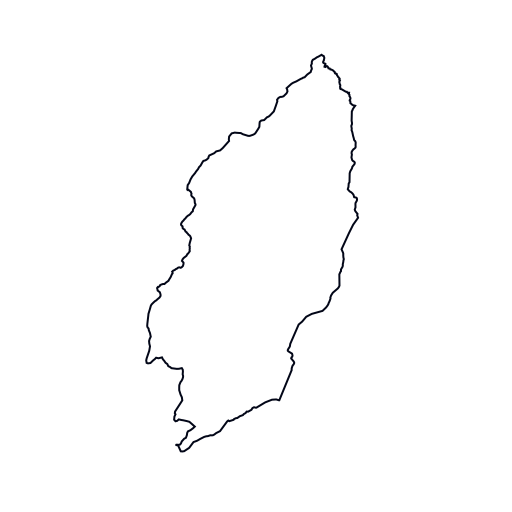 Valle Grande, Jujuy, Argentina (Equal Earth projection), rotated 212°
{"feature_id": "61730980B80142303912096", "entity_name": "Valle Grande", "entity_type": "district", "adm_level": 2, "iso_a3": "ARG", "parent_name": "Argentina", "parent_adm1": "Jujuy", "projection": "equal_earth", "projection_center": [-64.987, -23.464], "detail": "fine", "context": "isolated", "style": "outline", "palette": "ink", "viewbox_px": 512, "rotation_deg": 212, "n_neighbors": 0, "source": "geoboundaries", "source_scale": "gbopen_adm2", "svg_char_len": 6106}
<svg xmlns="http://www.w3.org/2000/svg" viewBox="0 0 512 512"><g transform="rotate(212 256 256)"><path d="M349.2,275.8L349.0,276.4L345.2,275.9L344.6,275.3L343.8,274.8L343.2,273.3L342.1,272.6L339.0,272.1L337.8,271.0L336.0,268.6L334.7,267.8L334.3,267.0L334.1,262.2L333.3,260.4L333.8,259.0L334.0,256.6L334.5,255.2L335.2,253.9L335.7,251.9L335.8,250.4L336.2,249.1L336.3,247.6L336.7,246.2L336.7,244.5L336.5,243.3L335.7,242.5L334.0,242.2L333.0,240.8L331.9,240.5L330.6,240.6L328.7,239.4L327.5,239.4L327.1,239.1L325.4,238.7L324.6,238.3L323.0,238.2L322.2,237.9L320.4,236.6L319.1,232.0L318.2,229.6L317.2,229.0L316.8,228.1L316.1,227.2L315.5,225.8L315.1,225.5L314.7,224.9L314.9,222.0L315.2,221.5L315.1,219.2L316.3,216.0L316.5,214.2L316.2,212.6L314.0,212.0L313.3,210.9L312.7,208.9L313.0,207.3L313.6,206.1L314.9,205.8L315.5,205.3L316.0,204.6L316.4,203.3L317.2,202.2L317.3,201.5L318.5,199.6L318.8,198.3L318.1,197.9L317.5,197.0L317.7,196.2L317.4,194.3L317.2,192.9L317.2,189.8L317.1,188.6L318.3,185.6L318.8,183.7L320.0,183.0L321.2,181.6L321.9,180.4L321.7,179.5L322.3,178.0L322.8,177.8L322.9,176.4L322.1,175.7L321.1,174.6L318.3,174.3L316.6,172.8L315.8,171.6L315.8,169.7L316.8,166.6L317.0,165.6L317.7,164.3L318.3,162.2L318.9,159.5L318.8,158.0L317.8,154.6L316.5,149.8L316.1,149.1L312.3,141.1L311.2,139.0L310.1,138.0L308.7,137.6L307.6,136.3L305.1,134.5L302.5,131.8L302.2,129.3L301.6,127.2L300.0,125.1L298.0,123.2L296.3,119.0L294.5,111.3L293.8,109.3L292.1,107.4L290.7,107.7L288.8,109.3L287.9,113.0L287.2,114.9L286.8,116.8L284.5,117.6L282.0,120.2L280.3,119.1L278.1,118.4L276.1,117.5L274.0,117.4L272.0,116.1L270.0,116.3L268.2,116.1L263.4,118.3L261.6,119.5L259.5,121.6L257.8,120.7L256.7,119.2L255.5,116.8L254.2,115.6L253.6,114.4L253.1,112.4L253.0,110.3L253.2,109.0L252.6,105.8L251.5,103.9L250.0,101.5L246.5,98.5L244.0,96.9L242.0,94.5L242.2,81.2L241.5,79.6L240.4,79.1L240.1,76.6L238.7,73.8L236.7,73.2L235.5,74.4L234.9,76.5L232.3,77.4L230.7,78.1L227.0,79.4L224.6,80.1L217.5,78.9L218.1,76.6L219.3,73.5L220.8,71.2L220.6,69.5L219.7,67.5L219.1,64.7L220.1,62.9L220.4,61.1L220.7,59.4L220.3,57.1L220.6,55.7L221.9,54.6L223.1,54.1L224.1,53.1L221.7,54.1L216.3,50.5L214.9,51.2L213.5,52.4L211.0,57.9L210.4,65.1L208.2,67.9L207.2,69.7L206.5,71.1L204.1,75.1L202.7,76.7L201.3,77.8L199.7,79.8L198.7,80.3L197.6,81.1L196.8,82.4L195.9,84.8L193.7,88.4L192.8,100.4L192.3,101.8L191.1,101.8L188.2,105.2L188.2,106.1L187.1,107.8L186.0,108.7L184.8,111.6L182.8,114.1L182.6,115.5L181.6,117.3L181.5,119.1L180.2,119.8L178.4,123.1L178.4,125.2L177.5,126.7L176.1,127.1L175.3,127.6L170.6,136.8L166.3,142.6L162.8,145.1L160.1,145.8L159.8,146.0L165.3,178.2L165.9,179.0L166.4,180.3L166.9,182.5L166.7,183.6L166.7,184.5L166.9,185.5L167.4,186.1L168.8,186.8L169.5,186.9L170.6,187.4L171.8,187.7L172.2,188.7L171.9,189.6L172.1,190.5L172.4,191.1L173.7,192.3L178.0,192.3L178.8,192.5L179.2,193.0L179.4,194.6L179.3,196.0L179.4,197.3L180.4,199.7L183.5,220.5L182.1,224.8L181.2,231.1L178.0,236.5L170.5,244.7L169.3,249.5L169.1,251.7L169.1,253.3L169.4,254.3L169.7,256.8L170.3,259.4L170.9,260.1L171.4,262.3L171.4,265.5L169.4,271.9L169.3,273.8L169.5,275.1L175.6,284.6L175.7,285.2L176.0,287.4L175.9,288.2L176.8,289.6L176.9,292.8L177.3,293.9L178.0,294.9L178.9,297.4L179.3,298.1L179.9,299.9L181.2,301.2L182.5,303.0L183.2,304.2L183.9,304.9L184.5,305.3L187.0,307.0L189.3,324.7L190.2,334.0L189.7,342.5L191.8,344.2L192.2,345.5L195.4,346.6L196.8,347.6L197.4,350.0L199.3,352.9L199.7,353.8L199.8,356.4L200.4,357.7L201.2,358.5L202.0,358.6L203.9,357.9L205.8,359.6L207.4,360.2L209.2,360.5L210.7,360.4L213.5,361.2L213.9,362.2L214.1,363.4L215.8,366.6L215.8,368.1L220.4,375.8L220.8,377.2L221.0,378.4L221.0,380.4L221.2,381.7L221.6,382.8L221.3,385.0L221.2,386.3L221.6,387.4L222.5,388.0L224.4,388.0L225.4,388.4L227.3,390.2L228.4,392.8L229.4,393.8L230.0,394.9L230.1,396.5L229.9,398.3L229.5,398.9L229.1,400.6L229.3,401.3L230.4,402.9L231.5,404.9L232.1,405.5L232.8,406.0L233.6,406.1L234.4,406.5L235.4,407.6L237.1,409.1L239.8,411.9L240.7,412.7L241.5,413.2L242.4,414.9L243.8,416.4L244.3,417.3L244.3,418.2L244.6,418.8L245.0,419.6L246.6,421.4L251.4,429.5L251.4,430.5L251.7,431.6L251.7,433.3L251.5,436.0L252.1,435.9L252.7,435.5L253.4,435.3L255.1,435.3L255.6,435.5L256.9,435.6L258.1,437.3L258.9,437.4L259.2,438.2L259.2,439.3L259.6,440.0L260.6,440.7L261.5,441.1L261.8,441.5L262.0,442.1L263.1,442.6L263.6,443.8L263.8,443.7L263.8,443.4L264.1,442.8L265.6,443.2L266.0,443.4L266.6,443.0L267.4,442.9L271.7,442.8L272.8,442.4L273.2,442.5L273.4,442.7L273.4,443.0L273.5,443.3L274.0,443.7L274.3,443.8L274.5,444.2L274.7,445.0L275.1,445.6L275.6,446.0L276.2,446.2L276.8,447.0L277.6,447.7L277.9,449.5L278.8,449.6L279.1,450.8L280.0,451.0L280.5,451.3L281.5,451.4L282.0,451.8L283.2,452.3L284.0,453.2L284.5,453.2L285.0,452.8L285.7,452.8L286.1,453.0L286.3,453.4L286.5,453.6L286.9,453.8L287.9,453.8L288.3,454.1L289.4,454.2L291.1,454.0L291.8,453.6L292.9,454.1L293.9,453.5L295.2,454.4L296.1,454.7L296.8,454.4L297.2,453.1L298.2,452.8L298.5,453.4L298.5,454.6L298.8,455.7L299.1,455.8L299.5,455.6L301.0,455.5L301.4,455.6L301.9,456.0L302.1,457.2L302.1,457.9L302.5,458.6L302.6,459.1L303.0,460.1L303.3,460.5L304.7,461.5L305.6,461.2L307.0,461.4L308.7,458.2L309.6,456.9L310.7,454.3L311.8,452.5L311.7,450.6L311.0,449.2L310.6,448.8L310.3,446.7L309.7,446.1L308.0,444.6L307.7,443.9L307.6,442.7L307.1,441.0L308.7,437.1L309.5,433.3L310.5,432.3L310.9,431.3L311.9,429.9L314.3,425.5L316.3,422.6L317.2,420.8L319.0,414.5L317.9,413.8L316.5,412.2L316.3,410.1L317.3,406.0L318.5,404.6L319.7,403.8L320.4,402.6L320.8,401.5L320.9,399.6L319.9,398.6L318.7,393.6L317.5,388.1L318.7,382.3L319.2,380.9L320.2,379.5L321.1,375.6L323.3,373.7L323.9,371.9L323.5,370.8L321.6,367.3L321.5,365.0L321.6,360.0L321.9,358.7L322.8,357.2L325.0,354.5L326.4,353.7L331.7,352.3L334.0,352.2L338.1,350.0L339.4,349.4L341.6,347.1L342.1,343.1L340.9,340.6L339.8,339.3L341.4,329.9L342.4,326.5L345.2,323.6L345.6,322.1L346.0,320.9L348.9,316.5L348.8,315.2L348.3,313.7L349.0,311.4L350.0,309.8L351.0,308.8L351.1,306.9L350.9,303.3L351.4,301.1L351.2,299.1L351.6,295.8L351.6,294.1L352.2,289.8L352.1,286.3L351.4,282.5L351.5,279.9L349.6,276.0L349.2,275.8Z" fill="none" stroke="#020617" stroke-width="2"/></g></svg>